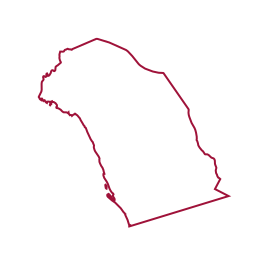 SVG path tracing the border of Red Sea, rotated 163°
{"feature_id": "SDN-149", "entity_name": "Red Sea", "entity_type": "State", "adm_level": 1, "iso_a3": "SDN", "parent_name": "Sudan", "parent_adm1": "", "projection": "equal_earth", "projection_center": [36.534, 19.492], "detail": "fine", "context": "isolated", "style": "outline", "palette": "rose", "viewbox_px": 256, "rotation_deg": 163, "n_neighbors": 0, "source": "natural_earth", "source_scale": "10m", "svg_char_len": 4723}
<svg xmlns="http://www.w3.org/2000/svg" viewBox="0 0 256 256"><g transform="rotate(163 128 128)"><path d="M204.2,183.9L200.2,188.2L199.4,189.7L197.7,195.5L197.0,197.1L196.4,197.7L195.0,198.6L194.5,199.2L194.4,199.9L194.4,200.7L194.3,201.5L193.9,202.1L193.2,202.2L192.7,201.8L192.3,201.2L191.8,200.9L190.8,201.3L190.7,201.3L190.5,201.7L190.6,201.9L190.6,202.2L190.6,202.6L190.3,203.3L189.9,203.8L189.4,203.8L189.3,203.0L189.3,202.2L189.3,201.6L189.0,201.2L188.4,201.2L187.7,201.5L185.8,203.2L184.9,204.7L184.3,205.2L183.7,205.4L183.0,205.2L182.2,204.1L181.6,203.9L180.6,204.6L179.4,207.5L178.2,208.2L177.1,208.4L173.4,210.0L173.1,210.2L173.0,210.6L173.3,212.4L173.3,213.1L173.2,214.6L173.0,215.4L172.4,216.8L172.3,217.7L172.0,218.5L170.5,220.9L167.8,220.0L167.0,220.0L165.6,221.1L164.8,221.2L164.4,221.1L162.8,221.4L162.5,221.4L161.5,220.5L161.2,220.4L160.4,220.2L159.9,219.9L159.5,219.6L159.0,219.3L158.5,219.4L158.3,219.7L132.4,222.5L131.9,222.4L131.1,222.1L121.0,215.3L107.1,203.2L106.1,201.9L105.6,201.1L102.9,195.6L99.2,186.3L98.7,185.3L97.7,183.8L94.3,179.8L87.8,174.8L82.6,171.9L78.4,170.4L78.0,170.1L77.8,169.5L64.7,128.6L64.6,128.1L64.7,127.8L64.7,127.5L65.7,124.9L66.0,123.2L66.1,122.2L66.1,120.5L65.7,114.3L64.4,108.6L64.2,106.5L64.3,103.6L64.8,99.7L65.4,97.5L65.9,96.5L65.9,96.4L65.9,96.2L65.7,95.7L65.6,95.1L65.6,92.9L65.8,91.3L65.8,91.0L65.8,90.6L65.6,89.8L65.3,88.5L64.8,87.2L64.5,86.5L64.0,85.2L63.8,84.8L63.6,84.6L63.4,84.3L63.3,84.2L62.8,82.9L62.2,80.8L62.2,80.7L62.0,80.4L61.9,80.3L61.7,80.2L60.3,79.8L60.0,79.7L59.7,79.5L59.5,79.3L59.0,78.8L58.8,78.6L57.1,75.6L56.8,75.2L55.3,74.1L55.0,73.8L54.9,73.7L54.6,72.9L54.5,72.7L54.5,72.2L54.5,71.4L54.6,71.0L55.1,69.1L55.3,68.3L55.3,67.0L55.1,64.4L55.2,64.1L55.3,63.8L56.2,62.3L56.4,62.0L56.5,61.6L56.6,61.3L56.8,59.9L56.9,59.4L56.9,59.0L56.8,58.3L56.6,57.6L56.6,57.4L56.6,55.7L56.5,55.3L56.3,54.5L56.2,54.4L56.2,54.2L55.6,53.6L55.1,52.9L54.7,52.2L62.7,44.2L51.7,33.5L52.3,33.5L58.2,33.5L64.7,33.5L71.2,33.5L77.3,33.5L77.5,33.5L84.2,33.5L90.7,33.5L97.2,33.5L103.7,33.5L110.1,33.5L116.6,33.5L123.1,33.5L129.6,33.5L136.1,33.5L142.6,33.5L149.1,33.5L155.6,33.5L155.5,34.1L155.4,34.3L154.9,34.4L154.4,34.6L155.1,35.3L155.3,35.8L155.3,40.3L156.0,45.4L155.7,46.5L156.1,46.8L156.2,47.2L156.2,47.7L156.4,48.1L156.7,48.5L156.9,48.9L158.4,53.4L162.1,60.4L164.4,63.3L167.4,68.1L167.6,68.7L167.6,69.4L167.4,70.1L167.0,70.4L166.5,70.1L165.9,70.6L165.4,70.1L164.7,68.4L164.5,68.1L164.3,67.6L164.2,67.2L164.4,67.0L164.7,67.2L164.9,67.5L165.1,67.8L165.2,68.2L165.9,68.8L166.3,69.0L166.5,68.8L166.4,68.5L165.7,67.5L165.3,66.1L165.0,65.5L164.6,65.7L163.8,65.0L163.6,65.4L163.3,65.3L163.2,64.9L163.0,64.4L163.1,64.0L163.3,63.5L163.3,63.1L163.0,62.6L162.3,62.4L161.8,63.1L161.6,64.1L161.7,65.0L161.8,65.2L162.2,65.2L162.3,65.5L162.2,65.9L162.1,66.2L162.2,67.2L162.2,67.6L162.1,68.0L161.8,68.4L161.5,68.5L161.3,68.7L161.3,69.3L161.4,69.7L162.3,70.9L163.0,73.1L163.4,75.4L163.6,80.4L164.0,82.7L165.3,87.2L165.4,89.6L165.3,90.2L165.1,90.8L164.9,91.2L164.0,91.0L163.9,91.5L164.0,92.6L163.8,95.3L164.0,96.8L164.0,97.4L164.7,99.6L164.9,100.9L165.1,102.2L165.2,104.0L164.8,105.4L164.8,105.6L164.7,106.1L164.4,106.6L164.2,107.0L164.2,108.0L164.4,109.3L166.2,115.2L166.4,116.5L166.4,119.0L166.3,119.6L166.2,120.0L165.7,120.9L165.6,121.5L165.8,123.7L165.8,124.5L165.8,124.8L166.0,125.1L166.4,126.1L167.0,128.3L168.1,136.3L168.3,140.2L168.4,140.6L168.7,140.9L168.9,141.1L169.1,141.4L169.1,141.6L169.0,142.1L169.0,142.4L169.6,143.6L170.0,145.5L170.6,147.9L171.0,149.5L171.2,151.4L171.6,152.1L172.2,153.6L172.8,155.0L173.8,156.1L173.9,156.5L174.2,157.0L174.5,157.2L174.8,157.0L175.2,156.8L175.4,156.9L177.0,156.5L178.0,156.0L178.1,156.7L178.7,157.1L179.3,157.3L179.8,157.2L180.0,157.6L180.1,158.3L180.5,158.8L180.3,160.3L180.8,160.0L181.1,159.8L181.4,160.1L181.9,160.8L185.1,161.9L186.2,163.4L187.0,165.1L188.3,166.6L189.0,167.3L190.3,167.9L190.6,168.4L190.3,169.1L189.5,169.6L189.3,170.9L190.1,173.0L191.5,174.6L193.0,175.1L194.1,174.8L194.3,173.4L194.8,173.2L195.8,172.5L196.0,172.9L195.8,173.2L195.4,173.5L195.1,173.7L195.0,174.0L195.1,174.5L195.0,174.9L194.7,175.3L194.2,175.5L193.9,175.5L193.5,175.5L193.3,175.8L193.7,175.8L194.7,175.6L195.1,175.7L195.3,175.9L195.5,176.1L195.8,176.3L196.2,176.5L197.0,176.6L197.4,176.8L197.8,176.9L198.1,176.7L198.2,176.4L197.8,176.1L198.2,175.6L198.8,176.3L199.7,178.2L199.5,178.7L199.9,179.1L200.6,179.1L201.1,178.7L201.4,179.3L201.5,180.8L201.7,181.3L202.2,181.4L202.5,180.8L202.5,180.0L202.1,179.2L202.5,179.6L203.7,181.2L203.9,181.7L203.9,182.3L204.0,182.7L204.3,183.6L204.2,183.9ZM166.3,76.3L166.6,76.6L166.8,77.1L166.5,79.6L166.3,80.2L166.0,80.3L165.7,79.4L165.7,78.2L165.9,77.1L166.3,76.3Z" fill="none" stroke="#9f1239" stroke-width="2"/></g></svg>